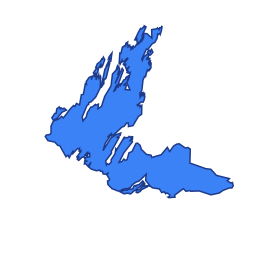 Lindås nor, Hordaland, Norway, rotated 71°
{"feature_id": "86288312B23917972553599", "entity_name": "Lindås nor", "entity_type": "district", "adm_level": 2, "iso_a3": "NOR", "parent_name": "Norway", "parent_adm1": "Hordaland", "projection": "albers", "projection_center": [5.308, 60.697], "detail": "fine", "context": "isolated", "style": "filled", "palette": "blue", "viewbox_px": 256, "rotation_deg": 71, "n_neighbors": 0, "source": "geoboundaries", "source_scale": "gbopen_adm2", "svg_char_len": 5792}
<svg xmlns="http://www.w3.org/2000/svg" viewBox="0 0 256 256"><g transform="rotate(71 128 128)"><path d="M72.2,153.9L81.7,159.3L81.4,161.3L90.4,166.3L88.0,168.7L90.4,171.2L89.0,172.1L90.9,176.0L97.4,185.8L95.4,186.9L96.9,190.4L97.1,196.3L101.2,200.2L107.6,202.4L108.7,203.8L108.1,207.5L109.1,209.0L113.9,207.8L117.5,201.8L121.7,200.0L122.4,198.3L135.0,196.0L134.2,193.6L136.9,193.2L131.5,187.1L134.1,188.2L131.0,182.5L131.8,181.4L131.4,180.5L133.9,181.8L134.4,181.5L133.8,179.8L134.9,180.2L138.6,185.7L139.7,185.6L139.3,183.3L141.0,186.1L142.6,185.2L140.7,180.9L141.1,179.3L137.8,174.6L137.7,173.1L140.1,177.6L140.6,176.2L139.8,175.4L139.5,172.5L142.7,173.4L142.3,175.8L140.3,175.0L140.8,176.1L142.5,175.8L142.0,178.8L144.8,178.8L146.4,177.1L145.1,179.6L147.8,180.9L147.7,179.8L151.4,178.2L148.0,174.1L152.3,177.7L154.8,176.2L158.1,171.9L158.7,168.2L159.9,168.2L160.7,166.3L163.3,166.5L164.8,163.5L163.6,160.9L165.7,163.2L170.4,162.1L171.3,162.6L171.4,164.6L174.9,165.4L180.1,162.9L184.1,158.3L185.3,155.5L184.3,154.2L184.4,150.3L185.3,148.1L184.9,144.9L183.0,142.3L181.8,138.1L181.8,134.9L177.6,125.8L183.2,128.4L188.1,126.6L189.3,128.0L190.0,126.6L188.8,126.7L192.5,124.4L195.9,118.1L200.0,117.2L200.2,114.4L202.4,113.9L202.0,112.4L204.7,110.2L206.2,111.2L206.3,112.7L207.2,112.0L208.7,106.1L206.7,105.8L203.4,95.4L206.7,93.8L207.3,90.0L208.2,89.3L210.7,81.2L218.2,71.3L219.2,62.9L217.9,58.3L217.7,51.8L218.5,49.1L216.8,47.3L213.5,47.0L213.4,48.8L210.2,51.3L208.9,48.6L201.6,59.8L194.0,63.1L191.8,67.7L181.3,80.9L168.2,76.0L165.9,77.7L165.7,80.2L159.6,84.7L159.1,87.2L159.9,90.8L163.8,96.3L159.1,97.1L164.1,105.3L163.6,115.0L161.2,115.1L159.0,119.1L152.6,122.3L148.4,122.2L145.4,123.9L145.2,125.5L151.5,131.8L151.8,135.2L157.6,139.2L157.7,141.2L156.0,142.0L157.8,144.7L157.7,147.7L150.1,140.0L142.5,128.3L140.9,128.4L140.6,130.1L139.1,128.0L140.6,128.5L140.2,127.5L137.8,126.5L137.2,127.8L137.8,128.6L136.3,129.7L137.1,131.5L136.1,133.8L136.5,134.7L135.1,134.1L146.4,147.6L144.2,145.9L143.5,146.2L148.3,148.8L152.5,154.3L154.7,154.9L156.3,157.9L155.0,159.2L155.9,160.4L151.9,159.9L146.5,151.8L143.5,151.0L144.5,151.2L134.2,139.7L133.2,141.2L132.5,137.9L130.4,136.5L130.5,141.6L131.8,147.3L141.3,159.0L135.2,154.6L129.3,147.0L129.9,150.3L127.9,145.7L129.9,146.0L129.0,141.7L125.2,133.6L125.1,131.1L122.8,127.5L123.4,126.1L126.8,127.1L127.4,122.6L120.5,114.4L119.4,110.6L111.1,107.6L112.1,109.8L110.2,109.3L110.2,111.6L109.2,111.9L107.7,106.7L108.5,105.3L107.0,103.8L103.9,101.9L102.3,102.9L102.4,101.6L100.5,101.1L100.0,101.9L101.8,102.9L102.0,104.4L99.4,102.4L99.4,103.7L100.8,104.1L99.3,104.1L102.1,105.7L102.8,106.5L99.5,105.6L100.1,105.4L96.6,102.5L87.5,98.2L84.7,95.6L85.3,94.8L79.5,90.9L80.2,90.6L79.7,89.4L80.6,89.9L80.7,89.5L78.7,86.8L74.0,85.0L73.1,85.4L75.2,87.3L73.3,87.4L72.8,85.5L71.8,85.0L71.8,86.3L69.3,84.7L68.9,86.0L69.4,86.1L69.2,88.0L67.9,87.1L67.8,85.7L65.9,85.1L66.3,83.0L64.5,79.8L61.4,80.1L63.3,82.2L61.5,82.1L61.5,83.6L63.1,85.2L64.8,84.4L64.5,86.2L66.0,90.0L68.8,92.5L67.3,92.5L59.3,84.8L60.2,83.7L56.2,77.7L55.9,74.9L52.8,71.4L48.8,69.3L49.6,68.6L48.8,66.9L49.8,66.9L46.6,64.6L43.2,62.8L42.9,63.1L43.9,63.8L43.5,65.4L45.1,66.6L42.9,67.5L43.5,68.6L42.7,73.6L50.7,76.2L45.1,79.3L43.6,82.2L47.8,83.9L50.2,86.6L51.9,91.1L51.2,90.8L51.8,92.8L53.7,95.4L53.0,96.2L53.5,97.6L54.5,97.5L54.6,99.5L52.3,97.2L52.7,99.4L51.3,99.4L51.4,101.4L50.0,99.7L49.5,101.6L46.6,100.3L47.3,102.6L49.7,103.7L49.0,104.9L49.9,105.8L49.6,106.9L55.1,110.4L54.5,111.3L63.9,115.3L63.6,114.2L65.0,114.6L62.1,111.7L63.6,112.0L63.6,109.6L61.6,106.1L62.4,105.6L66.1,111.7L67.4,111.2L66.6,108.6L67.8,110.5L72.2,110.4L70.1,106.5L73.3,110.5L73.9,110.3L73.5,109.2L74.4,110.1L74.2,108.9L75.5,110.6L76.2,109.8L76.1,107.7L81.5,111.2L84.9,114.4L92.6,113.7L90.7,118.1L87.2,115.6L85.7,116.5L86.7,118.4L85.7,117.6L84.6,114.2L78.7,110.1L79.5,113.5L81.8,114.9L81.1,114.6L81.2,116.4L86.0,122.1L83.8,120.5L83.8,122.1L86.2,124.1L85.6,124.7L86.1,125.9L88.2,127.8L88.4,129.2L84.6,125.7L84.1,125.0L85.1,125.0L83.0,122.6L71.9,113.6L69.8,114.1L81.8,125.7L72.5,117.7L71.2,117.6L74.4,120.7L69.4,116.6L67.2,117.0L69.1,119.2L68.4,119.4L64.8,117.0L69.3,120.3L71.9,125.1L82.6,130.3L90.5,139.7L98.9,146.0L100.0,150.1L95.1,147.8L96.0,148.5L95.9,151.2L95.1,151.3L96.6,155.2L96.1,156.2L100.1,161.3L104.1,164.0L106.7,168.3L102.5,167.6L93.4,159.5L92.7,157.3L91.3,157.0L91.2,154.2L88.3,148.5L81.1,141.3L71.0,137.2L69.8,137.2L71.6,139.2L67.9,138.3L72.0,142.6L67.4,140.3L68.6,142.9L67.4,143.5L67.3,144.9L70.5,146.8L67.5,145.6L67.4,148.1L70.5,152.4L73.2,153.0L72.2,153.9ZM185.0,130.6L182.8,131.3L185.0,135.6L184.9,138.8L185.7,139.4L184.7,140.0L184.8,141.4L187.2,143.3L186.0,148.1L186.6,148.9L185.5,152.0L185.9,156.1L189.0,153.1L189.4,149.7L191.2,147.1L189.1,141.9L189.2,139.3L188.4,139.2L186.4,133.1L187.5,130.9L185.8,130.3L185.5,132.4L184.6,131.6L185.0,130.6ZM38.3,78.0L36.8,79.2L37.9,79.5L37.3,80.0L38.7,82.7L37.9,83.7L40.5,86.6L46.9,92.9L47.5,91.6L46.7,90.7L50.6,91.6L50.5,89.1L47.4,85.0L45.3,84.7L38.3,78.0ZM85.7,186.1L86.6,189.0L90.6,191.2L90.4,192.5L93.6,196.7L96.5,195.9L95.8,191.9L91.6,185.2L91.0,180.3L88.4,182.0L88.8,183.5L87.1,184.8L87.8,185.8L85.7,186.1ZM55.8,127.7L52.9,128.2L55.3,130.4L53.7,129.8L56.2,132.6L57.3,136.1L60.4,138.9L61.2,138.3L64.6,142.8L66.7,142.6L66.5,141.0L65.2,141.6L66.5,140.3L65.8,138.7L63.0,137.0L61.3,138.0L61.7,136.0L58.2,132.4L61.8,134.1L61.6,132.6L59.9,131.2L60.9,131.8L55.8,127.7ZM61.3,124.5L61.0,125.7L64.9,130.7L81.2,140.5L78.0,136.3L75.3,136.5L77.0,136.0L74.0,134.8L74.5,134.0L73.6,132.4L61.3,124.5ZM188.7,129.0L188.1,133.5L189.9,137.2L189.8,140.6L191.5,141.2L192.4,140.1L192.0,137.2L190.7,135.1L189.9,129.0L188.7,129.0ZM59.3,122.5L51.9,118.8L54.4,122.5L55.9,123.7L55.5,122.6L56.4,122.5L63.0,129.0L59.7,125.4L60.3,125.1L59.3,122.5Z" fill="#3b82f6" stroke="#1e3a8a" stroke-width="1.5"/></g></svg>